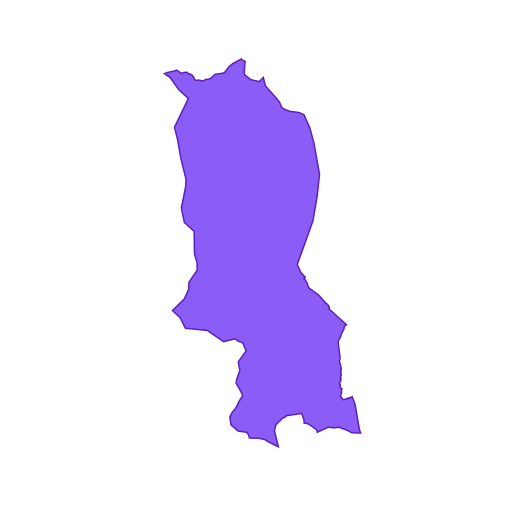 Bulgan, Hovd, Mongolia, rotated 158°
{"feature_id": "93677404B6267126121439", "entity_name": "Bulgan", "entity_type": "district", "adm_level": 2, "iso_a3": "MNG", "parent_name": "Mongolia", "parent_adm1": "Hovd", "projection": "mercator", "projection_center": [91.063, 45.925], "detail": "fine", "context": "isolated", "style": "filled", "palette": "violet", "viewbox_px": 512, "rotation_deg": 158, "n_neighbors": 0, "source": "geoboundaries", "source_scale": "gbopen_adm2", "svg_char_len": 5038}
<svg xmlns="http://www.w3.org/2000/svg" viewBox="0 0 512 512"><g transform="rotate(158 256 256)"><path d="M225.4,52.6L225.0,56.9L224.7,58.4L222.2,69.9L220.7,76.7L220.7,76.9L220.6,77.4L219.7,81.4L219.6,86.4L219.6,89.3L219.6,89.5L219.8,89.4L219.9,89.5L220.2,89.5L220.3,89.5L220.9,89.3L221.0,89.1L221.3,89.1L221.4,89.3L221.5,89.3L221.8,89.4L222.0,89.3L222.3,89.4L222.5,89.5L223.1,89.4L223.2,89.5L223.3,89.5L223.4,89.3L223.5,89.4L223.8,89.4L223.9,89.5L224.1,89.4L224.3,89.4L224.5,89.4L224.6,89.6L224.8,89.6L225.0,89.7L225.0,89.8L225.5,89.8L225.5,89.7L225.8,89.7L226.1,89.6L226.4,89.7L226.5,89.7L226.8,89.8L227.0,89.9L227.3,89.8L227.5,89.8L227.6,89.7L227.8,89.8L228.0,89.8L228.4,89.7L228.5,89.8L228.6,90.0L228.9,90.2L228.9,90.4L229.0,90.4L229.1,90.6L229.3,91.0L229.4,91.3L229.5,91.7L229.7,92.7L230.0,93.0L229.9,93.3L229.9,93.8L230.1,94.3L230.1,94.5L229.9,95.0L229.6,95.2L229.5,95.3L228.9,96.2L228.5,96.6L228.2,96.7L228.0,96.8L227.9,97.0L227.8,97.4L227.3,98.9L227.2,99.4L226.4,100.1L226.1,100.5L226.1,100.9L226.1,101.0L226.7,101.7L227.2,102.5L226.3,104.3L226.2,105.6L226.3,106.4L226.6,106.7L226.5,106.9L226.3,107.0L226.1,107.3L225.6,107.5L225.2,107.5L224.7,107.7L224.5,107.9L224.4,108.2L224.4,108.3L224.3,108.6L224.3,108.8L223.9,109.1L223.9,109.4L223.9,109.5L223.7,109.6L223.4,109.8L223.3,110.2L223.2,110.3L223.2,110.5L223.3,110.6L223.4,110.8L223.0,110.9L223.0,111.0L222.9,111.3L223.0,111.9L223.0,112.1L222.8,112.2L222.7,112.3L222.7,112.7L222.7,112.8L222.4,113.0L222.1,113.2L222.0,113.4L221.6,113.6L221.6,113.8L221.3,114.1L221.3,114.4L221.3,114.5L221.2,114.8L221.2,115.0L221.5,115.3L221.4,115.7L221.5,115.8L221.5,116.0L221.4,116.2L221.2,116.3L220.9,116.5L220.6,116.7L220.6,117.0L220.4,117.3L220.3,117.5L220.2,117.6L220.1,117.9L220.1,118.1L219.7,118.6L219.6,119.0L219.4,119.3L219.3,119.6L219.1,119.7L218.9,120.0L218.9,120.4L218.9,121.0L218.8,121.5L218.7,123.0L218.5,123.4L218.4,124.2L218.3,124.9L218.3,125.1L218.4,126.6L216.2,130.0L215.5,132.6L212.5,144.1L212.1,145.0L211.8,145.9L211.5,146.2L207.4,149.9L206.1,151.5L205.7,151.9L205.4,152.3L205.1,152.7L204.8,152.9L202.7,154.6L201.8,155.3L200.4,157.8L198.7,158.1L198.3,158.2L197.9,158.4L202.7,168.3L203.6,170.1L206.2,175.7L206.4,176.0L208.2,179.7L207.7,180.0L207.2,180.6L207.4,182.9L207.5,183.5L209.0,186.6L212.8,196.9L214.5,199.6L215.3,200.8L219.0,206.7L218.8,211.7L218.9,212.7L219.3,213.4L219.3,213.5L219.2,213.6L219.2,213.8L219.2,214.0L219.2,214.3L219.2,214.6L219.1,214.8L219.2,215.3L219.5,215.7L219.7,216.1L220.0,216.6L219.8,216.7L219.7,216.8L219.6,217.2L219.5,217.3L219.3,217.3L218.9,217.3L218.6,217.4L218.5,217.5L218.5,218.2L218.5,218.4L218.6,218.6L218.8,219.1L219.0,219.3L219.1,219.6L219.1,219.8L219.1,220.0L219.2,220.3L219.3,220.4L219.3,220.7L219.4,220.9L219.5,221.0L219.7,221.6L219.8,221.7L220.0,221.8L220.0,222.0L220.0,222.4L220.2,222.8L220.4,222.9L220.4,223.1L220.5,223.3L220.5,223.6L220.6,223.9L220.6,225.4L221.0,232.6L205.8,249.6L190.0,267.3L176.8,288.7L166.5,307.9L160.0,338.9L158.1,354.6L158.6,369.0L161.9,372.5L163.7,373.7L165.8,374.8L166.4,375.2L168.0,376.0L169.4,376.8L171.8,378.6L172.5,379.3L174.5,381.3L176.4,383.8L176.6,389.9L178.1,394.9L183.0,408.7L183.6,410.1L182.3,418.8L187.8,416.5L188.4,417.0L193.8,420.8L194.6,421.1L194.7,421.5L198.8,428.7L195.9,435.3L193.2,440.6L196.1,443.6L195.8,444.2L205.4,443.1L209.9,441.8L216.5,437.8L219.0,438.1L225.9,439.8L231.3,437.7L232.3,437.8L233.8,437.7L236.7,438.6L239.1,437.9L243.4,440.6L245.9,441.3L246.8,442.4L246.8,445.2L247.5,447.7L248.9,449.5L249.9,449.5L251.2,452.2L254.1,453.2L256.0,453.2L257.4,454.0L259.4,457.4L260.3,458.3L261.4,457.9L269.9,459.4L272.6,459.3L271.9,458.4L268.8,453.6L265.3,439.1L259.7,427.3L283.3,406.0L285.2,392.7L289.1,374.8L292.1,353.4L295.1,346.9L307.2,328.5L309.9,313.9L304.1,302.1L312.2,281.1L313.2,271.7L315.9,264.8L328.0,256.8L331.0,250.2L338.5,243.1L353.9,236.7L349.5,227.3L348.5,215.4L329.0,205.2L318.2,188.7L306.6,187.1L305.8,186.2L305.7,185.7L305.2,185.0L304.9,184.3L304.6,183.9L304.1,183.8L303.8,183.4L303.5,182.8L302.9,182.3L302.2,182.0L301.8,181.5L301.5,181.0L301.1,180.6L300.8,180.4L300.7,171.7L312.1,164.5L313.9,155.9L319.4,149.7L322.1,145.7L321.3,140.4L320.5,131.7L326.6,127.2L331.1,123.0L337.7,119.2L340.5,116.5L341.4,113.4L342.4,108.9L338.3,100.5L330.8,96.1L329.8,92.5L330.4,89.8L321.8,86.0L316.5,82.5L315.5,80.7L308.9,73.0L306.7,70.7L304.4,86.9L300.7,92.3L300.4,92.5L300.2,92.5L299.9,92.4L299.6,92.4L298.6,93.0L298.4,93.2L298.1,93.4L297.5,93.7L296.8,93.8L296.3,94.0L295.8,94.0L295.5,94.1L295.1,94.5L294.1,94.7L294.0,94.9L293.6,95.3L292.9,95.5L292.3,95.6L291.6,95.7L291.1,95.7L290.1,95.6L289.5,95.8L289.0,95.9L288.7,95.9L288.4,96.0L288.2,96.2L287.9,96.4L287.7,96.6L287.2,96.7L286.8,96.8L286.6,96.6L286.5,96.3L286.3,96.2L272.6,92.9L272.8,88.4L273.1,85.2L274.0,83.0L272.4,82.1L271.7,81.6L271.1,81.4L269.8,79.8L269.2,79.0L268.5,77.9L267.3,76.3L267.0,75.7L266.7,74.9L266.4,74.4L266.3,74.2L265.9,73.8L265.6,73.5L265.1,72.8L264.8,71.9L264.9,71.2L265.3,69.6L252.9,70.2L248.7,67.7L243.1,66.0L237.3,60.8L233.3,56.2L225.6,52.7L225.4,52.6Z" fill="#8b5cf6" stroke="#5b21b6" stroke-width="1.5"/></g></svg>